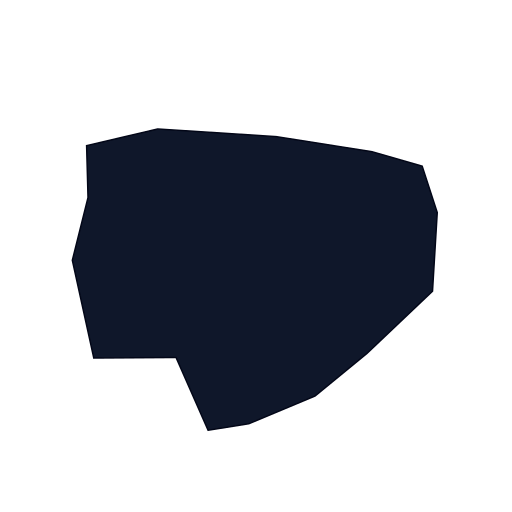 Sinaoros, Nicosia, Cyprus (Natural Earth projection), rotated 162°
{"feature_id": "46923920B84244452261126", "entity_name": "Sinaoros", "entity_type": "district", "adm_level": 2, "iso_a3": "CYP", "parent_name": "Cyprus", "parent_adm1": "Nicosia", "projection": "natural_earth1", "projection_center": [32.911, 35.009], "detail": "fine", "context": "isolated", "style": "filled", "palette": "ink", "viewbox_px": 512, "rotation_deg": 162, "n_neighbors": 0, "source": "geoboundaries", "source_scale": "gbopen_adm2", "svg_char_len": 358}
<svg xmlns="http://www.w3.org/2000/svg" viewBox="0 0 512 512"><g transform="rotate(162 256 256)"><path d="M314.6,98.7L243.1,104.6L180.7,129.0L99.0,168.0L70.2,241.3L70.2,290.1L113.4,319.3L199.9,363.3L310.3,407.2L383.0,413.3L397.7,363.5L432.0,308.7L441.8,209.1L363.4,184.2L355.4,105.1L314.6,98.7Z" fill="#0f172a" stroke="#020617" stroke-width="1.5"/></g></svg>